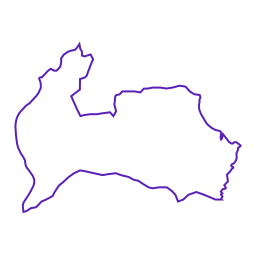 Orang, Hamgyŏng-bukto, North Korea (Equal Earth projection)
{"feature_id": "82179303B20024569416279", "entity_name": "Orang", "entity_type": "district", "adm_level": 2, "iso_a3": "PRK", "parent_name": "North Korea", "parent_adm1": "Hamgyŏng-bukto", "projection": "equal_earth", "projection_center": [129.358, 41.426], "detail": "fine", "context": "isolated", "style": "outline", "palette": "violet", "viewbox_px": 256, "rotation_deg": 0, "n_neighbors": 0, "source": "geoboundaries", "source_scale": "gbopen_adm2", "svg_char_len": 2295}
<svg xmlns="http://www.w3.org/2000/svg" viewBox="0 0 256 256"><path d="M48.5,198.3L52.8,195.9L54.6,192.1L56.4,189.3L59.0,185.5L62.5,182.7L68.7,177.0L74.0,173.2L80.1,170.4L85.3,171.3L98.3,174.2L102.6,175.1L108.7,174.1L115.7,173.2L120.9,175.1L128.7,177.0L133.8,179.8L138.2,180.7L142.5,183.6L148.5,187.3L152.9,188.3L159.0,187.3L166.8,187.3L172.0,191.1L175.4,194.8L178.0,201.5L183.2,199.6L188.4,194.8L196.3,192.0L204.1,194.8L215.4,199.5L221.5,199.5L221.4,199.4L221.4,198.3L222.5,196.7L221.0,194.5L222.4,193.4L220.8,191.7L222.6,189.2L224.7,188.8L225.5,188.6L225.8,187.7L224.3,185.2L227.9,181.4L227.0,174.6L229.9,171.7L231.7,169.1L233.3,167.8L233.1,167.0L231.6,166.5L231.2,165.4L232.1,164.1L234.0,163.3L235.9,160.5L236.7,158.1L236.5,153.4L236.5,153.0L238.2,149.4L238.0,148.0L240.6,146.0L240.1,145.0L236.4,142.3L234.6,142.1L232.6,143.6L231.4,143.5L229.2,142.1L223.0,134.2L221.9,138.6L221.1,139.4L220.6,137.6L221.1,133.1L220.7,131.7L219.6,130.9L215.5,130.0L211.5,127.8L208.2,125.1L206.3,123.0L201.0,114.0L199.3,109.7L198.9,105.7L199.6,101.4L199.4,99.7L200.4,97.6L199.7,95.0L194.1,94.2L189.8,91.4L185.5,86.6L179.5,85.7L172.5,87.6L166.4,88.5L160.4,87.6L152.6,87.6L147.4,88.6L143.9,88.6L141.3,91.4L140.5,92.4L134.4,91.4L128.3,91.4L124.9,91.4L122.3,91.4L119.7,94.3L116.2,95.2L115.3,96.2L114.4,104.7L116.1,111.3L113.4,116.1L110.0,112.3L103.1,113.2L97.0,114.2L90.1,114.2L84.0,115.1L80.5,116.1L77.1,109.5L74.6,103.8L72.9,100.0L71.2,96.2L77.3,91.5L79.9,89.6L79.9,86.7L80.0,82.9L80.0,79.1L85.2,77.3L86.9,75.4L87.8,72.5L89.6,67.8L91.4,63.0L93.1,59.3L90.6,54.5L84.5,56.4L81.9,55.5L82.0,51.7L80.3,48.9L79.4,44.1L76.8,47.9L75.1,49.8L70.7,50.8L68.1,51.7L63.8,54.6L61.2,58.3L61.1,63.1L60.2,66.9L56.7,70.6L54.1,70.7L50.7,68.8L48.1,70.7L46.3,72.6L43.7,75.4L41.9,77.3L40.2,77.3L39.1,78.5L40.6,82.6L40.9,86.8L40.5,88.8L39.6,90.3L39.0,92.1L36.4,95.9L29.8,103.0L25.9,105.8L20.6,111.5L19.2,113.3L18.0,115.3L16.6,118.7L15.7,122.7L15.4,127.1L15.6,128.9L16.0,135.5L17.1,143.8L18.1,147.6L20.6,153.0L23.1,156.8L25.0,160.4L25.5,164.6L26.1,166.4L27.3,168.4L28.8,170.2L32.9,176.1L34.2,179.5L34.3,181.7L34.0,184.0L33.4,185.8L30.8,191.1L28.7,194.7L23.6,202.5L23.0,204.3L22.8,206.5L23.3,210.7L23.5,211.9L26.6,211.0L30.9,208.2L36.2,207.2L37.9,205.4L41.4,201.6L45.8,199.7L48.5,198.3Z" fill="none" stroke="#5b21b6" stroke-width="2"/></svg>